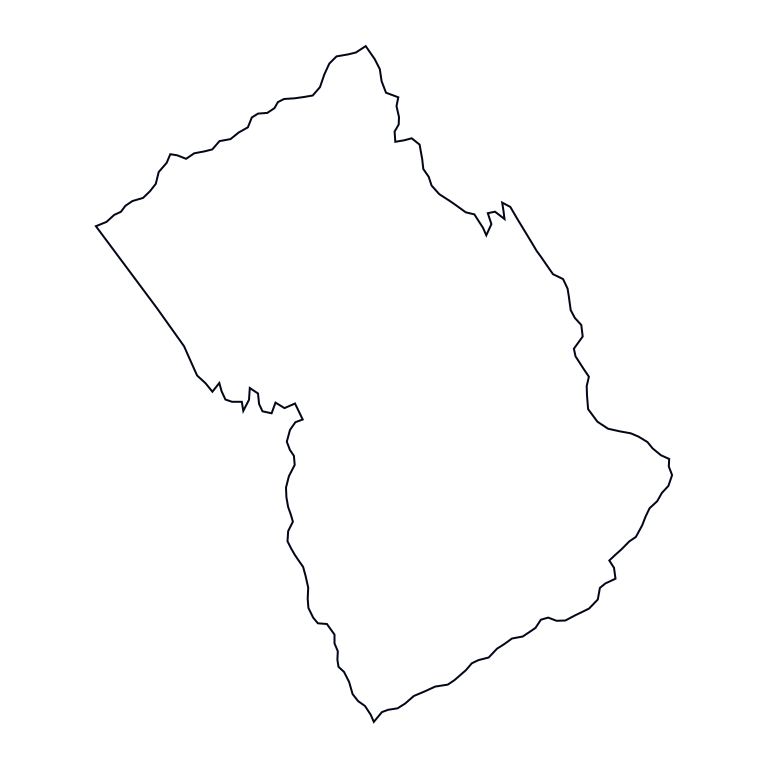 outline of Caçapava, São Paulo, Brazil
{"feature_id": "56859067B89011723747361", "entity_name": "Caçapava", "entity_type": "district", "adm_level": 2, "iso_a3": "BRA", "parent_name": "Brazil", "parent_adm1": "São Paulo", "projection": "albers", "projection_center": [-45.711, -23.104], "detail": "fine", "context": "isolated", "style": "outline", "palette": "ink", "viewbox_px": 768, "rotation_deg": 0, "n_neighbors": 0, "source": "geoboundaries", "source_scale": "gbopen_adm2", "svg_char_len": 2534}
<svg xmlns="http://www.w3.org/2000/svg" viewBox="0 0 768 768"><path d="M635.9,536.9L642.2,525.3L645.6,516.5L649.6,508.2L657.2,501.2L661.9,492.9L668.4,485.9L672.1,475.1L668.8,466.5L669.2,459.0L660.9,455.2L652.6,448.4L647.5,442.1L638.5,436.6L630.7,433.3L619.6,431.3L608.0,428.7L597.4,421.7L588.1,409.1L587.0,395.3L586.7,386.0L588.9,376.7L583.8,369.2L575.5,356.3L573.9,348.7L582.7,336.5L581.3,325.0L574.8,317.9L570.7,310.1L568.8,296.3L567.6,288.7L563.1,279.1L553.0,274.2L547.5,266.3L541.1,257.0L536.7,251.0L532.0,243.1L517.2,218.7L510.3,206.9L502.2,202.6L503.6,211.7L504.5,219.0L495.0,211.7L487.8,213.2L491.4,224.1L486.3,235.3L483.0,227.8L478.6,221.0L474.4,214.4L465.7,212.3L455.5,204.9L449.7,200.9L439.3,194.2L431.6,185.6L428.7,176.8L423.3,169.0L422.2,159.2L419.6,144.6L411.7,138.3L404.1,140.3L395.3,141.8L394.6,131.6L398.7,124.5L399.0,117.1L396.5,106.1L398.3,97.3L386.0,92.7L381.6,81.2L379.8,69.1L374.7,59.1L365.7,46.1L355.9,52.5L348.1,54.4L336.5,56.4L329.3,63.6L324.3,74.5L320.0,87.1L312.7,95.5L303.9,97.0L294.6,98.3L284.0,99.0L277.9,102.1L274.5,108.1L267.3,112.9L258.0,113.6L251.8,117.5L247.9,127.3L238.7,132.5L230.5,139.1L219.5,141.1L212.3,149.4L204.4,151.4L194.2,153.3L186.1,158.8L177.2,155.3L170.3,154.2L166.7,162.8L158.7,172.0L155.8,183.8L150.0,191.2L143.1,197.9L132.5,201.0L125.4,205.8L120.9,211.8L114.2,214.9L106.5,221.9L95.9,226.2L156.9,308.1L184.1,346.3L188.1,355.4L192.2,364.6L197.1,375.5L205.6,383.3L212.4,391.7L219.3,383.0L221.6,391.3L225.4,399.5L232.0,401.8L241.8,401.8L243.3,410.9L249.0,399.8L249.8,388.0L258.0,393.5L259.1,404.1L262.5,411.3L271.6,413.3L275.5,402.6L284.5,408.1L295.0,403.5L299.4,412.6L302.7,419.5L295.4,422.2L290.0,429.9L286.8,441.7L289.9,449.9L293.9,455.8L294.7,464.9L288.9,476.2L286.0,487.6L286.4,497.1L288.1,506.9L290.8,514.5L292.9,521.7L288.2,531.0L287.5,541.3L291.1,548.4L294.7,554.7L298.7,560.6L303.1,566.9L305.6,576.0L308.2,587.7L307.7,598.7L308.4,607.9L313.2,617.7L317.9,623.3L326.9,624.0L334.5,634.6L334.5,643.4L337.8,651.2L337.4,659.8L338.5,666.8L344.0,671.9L349.1,681.9L352.6,694.1L358.1,701.1L365.0,706.0L370.8,714.9L373.8,721.9L381.9,712.1L388.1,709.8L397.6,708.3L405.2,703.5L413.8,696.0L424.7,691.4L435.1,686.6L447.8,684.6L454.4,680.2L466.0,670.1L471.8,663.3L478.5,660.1L488.7,657.5L497.0,648.7L504.4,644.0L512.0,638.5L522.8,636.5L535.5,627.9L540.9,619.7L548.2,617.6L556.6,620.8L565.4,620.5L574.6,615.6L589.0,608.6L597.8,599.5L599.9,587.9L605.4,583.4L615.5,578.7L614.0,567.8L609.3,560.5L614.9,555.2L621.6,549.2L629.3,541.4L635.9,536.9Z" fill="none" stroke="#020617" stroke-width="2"/></svg>